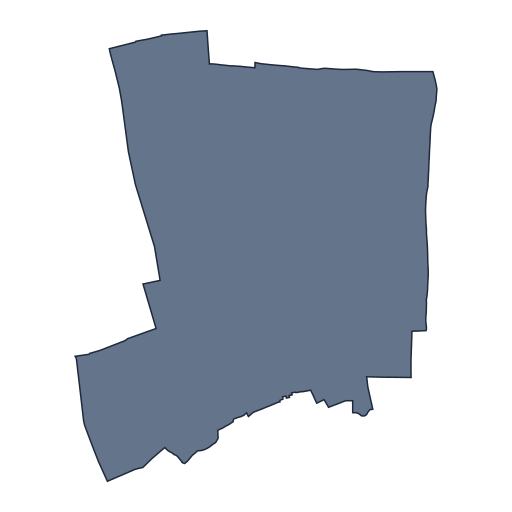 Targu Bujor, Galati, Romania (Albers equal-area conic projection)
{"feature_id": "2599482B16155789325197", "entity_name": "Targu Bujor", "entity_type": "district", "adm_level": 2, "iso_a3": "ROU", "parent_name": "Romania", "parent_adm1": "Galati", "projection": "albers", "projection_center": [27.937, 45.873], "detail": "fine", "context": "isolated", "style": "filled", "palette": "slate", "viewbox_px": 512, "rotation_deg": 0, "n_neighbors": 0, "source": "geoboundaries", "source_scale": "gbopen_adm2", "svg_char_len": 4509}
<svg xmlns="http://www.w3.org/2000/svg" viewBox="0 0 512 512"><path d="M75.1,356.3L76.2,358.0L76.4,359.3L76.8,361.8L76.9,363.0L77.2,365.5L77.6,369.4L79.1,381.9L79.2,382.8L81.2,400.0L83.6,420.7L84.1,423.1L84.6,425.2L88.8,436.5L94.2,450.7L96.4,456.2L98.5,461.6L107.4,481.3L116.6,477.3L126.2,473.2L134.4,469.6L137.7,468.6L142.8,467.5L151.9,458.6L158.3,453.1L159.0,452.5L162.4,449.6L164.8,447.6L166.5,449.3L167.8,450.5L168.8,451.1L169.6,451.7L171.6,452.6L172.4,453.2L173.8,454.4L174.4,454.7L175.7,455.1L177.4,456.3L177.5,456.4L178.6,457.8L179.8,459.3L180.0,459.5L181.4,461.0L181.5,461.4L181.7,462.0L182.6,462.8L184.6,463.5L185.8,462.6L186.4,462.1L187.7,460.9L189.3,459.0L190.4,457.7L191.1,456.8L192.2,455.4L193.1,454.7L193.7,454.2L194.4,453.6L195.1,453.1L196.1,452.1L197.9,450.7L200.1,450.7L200.9,450.5L202.4,450.3L205.0,449.4L207.4,448.2L208.6,447.5L209.6,446.9L213.4,443.9L214.8,443.2L215.2,442.8L215.9,442.2L218.1,438.2L217.8,430.4L218.3,430.1L219.7,429.3L222.0,428.4L225.2,426.5L226.9,425.5L227.6,425.2L228.0,425.1L229.7,424.0L230.7,423.3L232.9,421.9L233.2,421.5L233.3,420.2L233.5,419.5L233.6,419.2L234.2,418.7L235.3,418.5L235.9,418.3L236.8,417.9L237.1,417.7L240.7,416.7L241.5,416.4L242.2,416.0L243.7,415.4L244.4,414.8L246.2,413.2L246.6,412.9L248.4,416.5L250.3,414.9L253.2,412.3L254.0,412.0L261.1,409.3L261.7,409.1L263.5,408.3L267.4,406.7L271.4,405.1L271.8,404.9L276.4,403.0L277.4,402.5L280.0,401.9L279.8,400.7L280.0,400.3L281.2,399.8L283.0,399.1L282.6,396.8L286.0,396.1L286.2,397.0L286.4,398.1L289.5,397.4L289.3,396.4L289.1,395.5L292.1,394.9L291.7,392.9L292.0,392.8L295.1,392.2L295.9,392.6L298.7,392.2L298.9,392.1L301.5,391.6L301.8,391.5L302.1,391.8L307.7,390.8L309.9,390.4L310.1,390.3L310.7,390.2L311.5,392.0L312.7,394.4L314.9,399.3L316.7,403.2L322.4,400.5L324.1,399.7L327.8,405.9L328.5,407.3L329.0,407.1L332.5,405.8L335.2,404.7L335.8,404.6L340.3,402.8L344.9,401.0L346.8,400.7L351.4,400.7L352.6,400.7L352.7,405.4L352.7,412.4L352.7,412.7L354.5,412.8L355.5,412.6L356.2,412.7L356.5,412.8L356.9,413.0L358.7,413.7L360.3,414.8L361.4,415.8L363.5,416.0L364.8,415.8L365.9,415.1L366.7,414.4L367.2,413.4L367.9,412.1L369.3,410.5L370.1,409.5L371.0,409.5L372.3,409.4L372.5,409.4L372.8,409.3L372.7,409.0L371.3,402.4L370.8,400.4L370.4,398.6L369.3,393.5L369.2,393.1L367.9,387.3L367.4,383.4L367.0,379.5L366.6,376.8L384.0,377.2L396.9,377.3L403.0,377.4L404.1,377.4L411.1,377.5L411.0,372.1L411.0,368.4L411.0,359.4L411.8,336.7L411.9,332.1L412.0,331.2L414.7,331.1L416.6,331.1L422.1,330.8L426.1,330.6L426.5,328.6L426.2,324.4L425.8,322.3L425.8,319.4L425.8,319.0L425.8,316.5L426.0,315.5L426.1,314.4L426.2,312.5L426.3,310.6L426.4,305.5L426.5,303.0L426.3,299.8L426.9,296.6L427.4,291.9L427.5,290.5L427.6,289.0L427.6,287.4L427.7,284.9L428.2,275.4L428.3,274.1L428.2,272.6L428.2,270.0L428.1,267.4L428.0,266.1L427.8,262.3L427.8,262.0L427.7,256.6L427.6,252.4L427.4,246.5L427.2,243.3L426.4,232.6L426.5,230.6L426.4,228.7L425.9,222.5L425.9,221.1L425.8,219.0L425.5,210.9L425.7,205.1L426.1,198.7L426.3,196.1L426.5,194.5L426.5,193.7L427.9,186.5L428.0,186.4L428.0,185.7L427.9,184.5L428.2,180.0L428.5,173.2L428.7,169.9L428.8,166.2L429.1,159.5L429.3,156.5L429.4,153.4L429.7,147.0L430.0,142.6L430.0,141.3L430.2,138.1L430.3,134.6L430.5,131.2L430.8,126.6L431.3,123.8L432.9,117.2L433.5,114.4L434.1,111.3L435.2,104.7L435.7,102.9L436.2,99.6L436.2,97.6L436.4,95.7L436.5,93.9L436.6,92.8L436.7,91.6L436.8,90.8L436.9,90.0L436.8,88.4L436.3,85.4L435.0,79.3L434.6,78.0L434.2,76.5L433.8,75.0L432.9,71.6L401.9,71.6L382.6,71.9L373.7,71.7L366.7,70.4L356.2,69.2L347.1,69.4L341.1,69.4L335.8,69.1L325.5,68.3L322.9,68.4L317.7,69.4L300.8,68.1L298.0,67.3L292.0,66.7L284.4,65.8L279.2,65.5L278.7,65.4L277.2,65.3L276.8,65.3L276.0,65.2L275.1,65.1L271.4,64.8L267.6,64.4L266.8,64.3L263.9,64.0L261.0,63.7L255.0,62.5L254.9,67.8L251.2,67.4L247.6,67.1L243.8,66.7L240.1,66.3L238.1,66.2L236.1,66.1L232.2,65.8L230.7,65.9L228.2,65.6L225.6,65.3L221.7,64.9L219.0,64.6L217.0,64.3L214.0,64.0L211.0,63.9L210.2,63.9L209.4,64.0L208.0,45.1L207.0,30.7L203.2,31.0L200.5,31.1L178.2,33.4L170.5,34.1L166.2,34.6L164.4,34.8L161.4,35.1L161.5,35.9L159.7,36.3L157.3,36.9L154.2,37.6L148.3,39.0L146.9,39.3L143.4,39.9L135.8,41.3L135.4,42.1L117.3,46.7L111.0,48.3L109.3,48.7L110.1,52.4L110.6,54.6L112.0,59.8L114.2,67.8L114.9,70.3L119.4,88.5L121.7,101.5L128.4,151.7L135.4,184.5L154.5,246.6L159.1,274.3L160.1,280.4L143.0,284.0L156.1,328.5L141.8,333.6L127.5,338.7L125.1,340.6L99.7,350.5L89.7,353.4L89.0,354.3L84.7,354.9L79.9,355.6L76.4,356.1L75.1,356.3Z" fill="#64748b" stroke="#1e293b" stroke-width="1.5"/></svg>